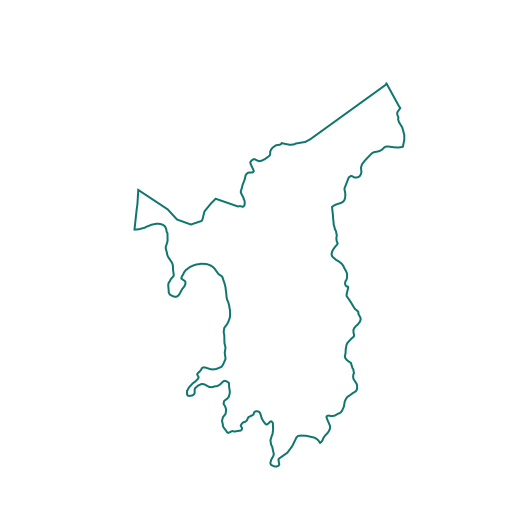 outline of Praslin, Praslin, Saint Lucia, rotated 104°
{"feature_id": "8701671B17924499339223", "entity_name": "Praslin", "entity_type": "district", "adm_level": 2, "iso_a3": "LCA", "parent_name": "Saint Lucia", "parent_adm1": "Praslin", "projection": "mercator", "projection_center": [-60.894, 13.882], "detail": "fine", "context": "isolated", "style": "outline", "palette": "teal", "viewbox_px": 512, "rotation_deg": 104, "n_neighbors": 0, "source": "geoboundaries", "source_scale": "gbopen_adm2", "svg_char_len": 6131}
<svg xmlns="http://www.w3.org/2000/svg" viewBox="0 0 512 512"><g transform="rotate(104 256 256)"><path d="M259.7,380.3L259.4,379.0L258.2,375.6L256.7,373.2L255.5,370.8L254.2,369.5L250.8,364.7L248.7,360.2L248.2,357.6L248.1,356.4L248.2,354.2L249.0,351.9L250.8,350.1L252.6,349.2L254.2,348.5L255.4,347.4L261.7,345.7L263.6,345.4L266.7,345.6L269.0,345.8L270.7,345.3L275.0,342.9L276.2,342.5L278.2,341.0L282.3,336.5L283.6,335.3L286.0,334.1L288.8,333.4L294.3,331.2L295.6,331.2L298.9,333.0L301.5,333.6L303.3,334.3L305.7,334.1L310.2,332.5L312.1,332.0L313.7,330.9L314.5,329.7L315.2,326.4L315.1,324.2L314.3,322.7L313.2,321.9L311.7,321.1L306.2,319.7L303.5,318.5L302.3,318.0L300.5,317.8L299.3,317.9L298.2,318.3L297.5,319.0L296.0,322.9L295.5,323.1L293.4,322.9L291.5,322.2L289.5,321.9L286.4,320.6L285.6,319.7L284.0,318.6L282.2,316.9L280.2,314.3L278.6,311.7L278.1,310.3L276.9,307.6L276.0,303.6L275.8,301.3L276.0,299.1L276.3,297.7L276.2,297.5L277.4,294.5L278.4,293.0L282.3,288.4L282.7,287.7L283.1,286.8L283.6,285.1L284.5,283.5L285.6,282.9L289.9,280.1L292.9,278.4L299.5,275.8L303.0,274.6L305.2,273.6L307.1,272.0L311.2,269.7L312.0,269.6L313.6,268.7L315.7,267.9L319.0,267.0L321.9,266.5L326.5,266.9L328.9,267.5L333.5,269.4L337.5,269.0L340.6,267.6L348.0,265.6L352.3,263.4L357.6,262.9L362.7,260.8L363.5,260.7L369.3,261.7L371.7,262.6L372.0,262.8L373.2,264.4L375.5,267.6L376.7,271.2L376.8,273.3L376.5,277.9L376.7,279.8L376.9,280.2L377.8,281.3L380.1,281.9L382.2,283.0L383.8,284.1L384.5,284.4L385.1,284.4L385.7,284.0L387.4,282.4L388.8,282.4L390.3,283.2L391.4,283.9L392.9,284.9L394.8,286.5L399.9,289.3L402.1,289.8L403.5,290.3L406.4,289.6L407.3,289.1L407.9,288.6L407.9,286.8L406.7,284.0L405.5,282.9L404.1,282.4L402.1,282.8L400.4,283.2L399.0,283.1L395.7,280.8L393.4,277.9L393.3,277.6L393.0,275.2L394.4,269.7L394.2,268.8L394.2,267.9L393.4,265.8L392.7,265.0L391.6,262.2L390.7,261.1L388.8,259.4L385.8,257.6L385.0,256.8L384.7,256.1L384.7,254.4L385.7,251.6L389.6,250.4L394.1,248.5L395.7,248.3L399.1,248.3L401.2,249.3L404.0,251.6L404.6,251.9L407.3,251.7L409.5,249.5L411.5,248.2L413.2,247.7L414.1,247.5L416.9,247.4L418.2,248.1L420.4,249.1L424.3,249.1L426.5,247.9L427.5,247.4L429.0,247.0L429.8,246.3L430.5,245.6L432.7,242.8L434.1,241.3L434.3,240.8L434.3,240.0L431.6,236.7L431.6,234.6L429.1,228.7L428.8,228.3L427.8,227.8L426.7,227.8L426.1,228.1L424.5,229.7L424.2,229.8L422.5,229.3L420.8,228.4L420.3,227.9L419.8,226.7L418.2,225.3L417.3,225.0L414.6,224.5L414.2,224.3L412.1,221.9L411.6,221.2L410.4,220.1L408.4,220.0L407.4,219.5L406.8,218.7L406.5,217.9L406.3,215.9L406.9,214.5L409.0,213.0L412.3,211.1L415.0,208.4L416.7,206.1L417.0,205.2L416.7,204.5L416.4,204.2L414.9,203.1L413.5,202.3L413.0,201.8L412.7,201.0L413.7,199.5L414.1,199.2L420.3,197.4L424.6,196.9L426.6,197.2L431.4,197.4L435.2,195.8L437.4,194.0L443.7,190.9L445.3,190.7L450.3,192.0L453.4,192.0L454.0,191.7L454.9,191.0L455.2,190.2L455.6,187.9L455.7,187.1L455.5,185.5L454.3,183.7L453.8,183.3L452.6,183.0L449.8,184.3L447.8,185.0L446.8,184.5L439.3,178.0L431.6,174.8L422.1,172.8L421.8,172.6L420.5,171.6L420.0,170.7L419.4,168.9L418.3,164.0L418.1,156.2L418.2,154.9L419.0,152.5L419.8,151.0L421.8,148.6L420.2,147.5L419.6,147.1L416.1,146.5L415.3,146.2L413.5,145.5L410.0,143.5L408.1,142.9L406.5,142.6L405.2,142.5L403.3,142.9L402.5,143.4L397.4,147.3L395.4,148.6L394.8,148.7L394.1,148.4L393.7,147.9L393.4,147.2L393.2,146.5L393.2,144.6L392.8,143.2L392.1,141.6L391.6,140.7L389.6,138.7L388.0,136.6L387.4,136.1L386.5,135.6L385.3,135.1L382.3,134.5L380.6,134.3L375.7,134.7L373.2,134.2L371.1,133.5L370.0,132.7L368.2,131.0L365.9,129.2L363.2,126.5L361.2,125.8L359.7,125.9L356.9,126.7L355.5,127.6L351.8,131.6L349.6,132.6L347.2,132.9L346.0,132.6L342.4,134.2L341.3,135.4L336.8,138.0L336.1,140.1L334.7,143.1L333.3,144.8L331.6,145.5L328.8,145.6L323.9,146.5L322.3,146.5L320.5,146.7L320.0,146.6L318.3,146.3L315.9,145.0L312.8,143.3L311.7,142.4L310.4,141.6L309.1,141.7L306.6,142.9L304.1,143.6L302.0,143.2L299.5,141.9L298.1,140.8L294.6,139.3L292.3,139.1L290.8,139.6L287.2,142.8L285.9,143.0L285.4,143.3L284.3,145.1L283.6,146.9L282.6,148.1L278.0,152.7L272.9,158.4L271.6,158.8L264.5,158.9L263.7,159.1L263.4,159.6L263.6,160.7L263.3,161.4L262.3,162.4L261.0,163.0L258.9,163.1L257.0,162.4L254.7,162.5L251.2,163.3L248.8,165.1L246.6,167.2L244.5,168.9L242.8,170.9L241.0,174.9L240.6,176.9L238.5,181.1L238.4,181.4L237.5,182.3L236.7,182.7L236.1,183.1L235.2,183.2L233.5,183.2L231.3,182.8L227.6,181.3L225.2,180.0L224.0,179.8L222.5,181.1L220.7,181.8L219.2,182.4L216.7,182.5L212.4,184.5L211.1,185.8L209.6,186.5L207.0,188.1L205.1,188.7L200.8,190.3L197.3,191.4L190.1,194.1L189.1,193.4L187.7,192.1L186.4,190.4L183.9,186.3L182.1,184.5L180.4,183.8L178.2,183.6L175.5,184.0L172.7,184.9L170.4,186.1L168.9,186.5L157.3,185.0L155.3,183.2L155.4,181.5L156.0,179.7L155.7,177.8L154.6,175.7L153.2,174.6L151.2,174.0L149.1,174.0L145.0,175.5L142.0,175.4L140.8,175.1L137.0,173.4L134.3,171.9L129.1,168.9L127.6,167.7L126.6,166.4L125.1,163.0L124.0,161.2L122.5,159.6L119.6,157.8L118.5,156.6L117.9,154.7L117.7,153.6L117.2,148.8L116.4,144.4L115.2,141.3L114.5,140.1L114.2,139.8L113.0,140.0L107.6,140.2L102.7,141.4L95.9,145.2L91.5,149.7L89.2,151.1L86.9,151.4L85.9,152.3L83.7,153.5L82.2,153.6L77.5,151.8L76.3,153.3L56.3,171.8L57.6,170.8L129.6,231.6L133.4,235.8L137.2,244.5L138.5,246.1L139.9,249.9L140.2,255.6L140.2,258.4L141.3,258.7L142.0,259.5L142.6,260.4L143.3,262.5L143.8,263.4L145.4,264.9L147.2,266.3L149.1,267.1L151.4,267.5L153.5,266.9L154.6,266.9L155.6,267.3L156.5,268.0L158.2,269.4L159.9,270.9L162.0,273.4L162.6,274.3L163.1,275.4L163.2,276.5L163.1,277.6L162.4,280.7L162.7,281.8L164.3,283.3L165.3,283.8L166.3,284.2L167.3,283.9L170.0,281.9L173.4,279.1L174.4,278.7L175.1,279.1L175.4,279.1L175.9,280.0L176.8,283.2L177.4,284.1L178.3,284.8L179.2,285.3L180.3,285.6L184.7,285.5L190.1,286.2L193.4,286.2L196.7,286.4L197.8,286.2L198.7,285.6L202.9,282.0L203.9,281.6L204.7,280.8L205.7,280.3L206.7,279.9L208.8,279.5L209.9,279.6L210.9,280.0L211.5,280.9L211.4,283.1L211.7,284.2L212.3,285.5L210.2,309.0L213.3,310.8L215.7,312.3L225.2,316.8L233.6,316.8L235.2,317.3L241.2,326.8L239.7,341.5L232.1,353.0L220.4,386.2L234.4,383.6L239.3,383.1L259.7,380.3Z" fill="none" stroke="#0f766e" stroke-width="2"/></g></svg>